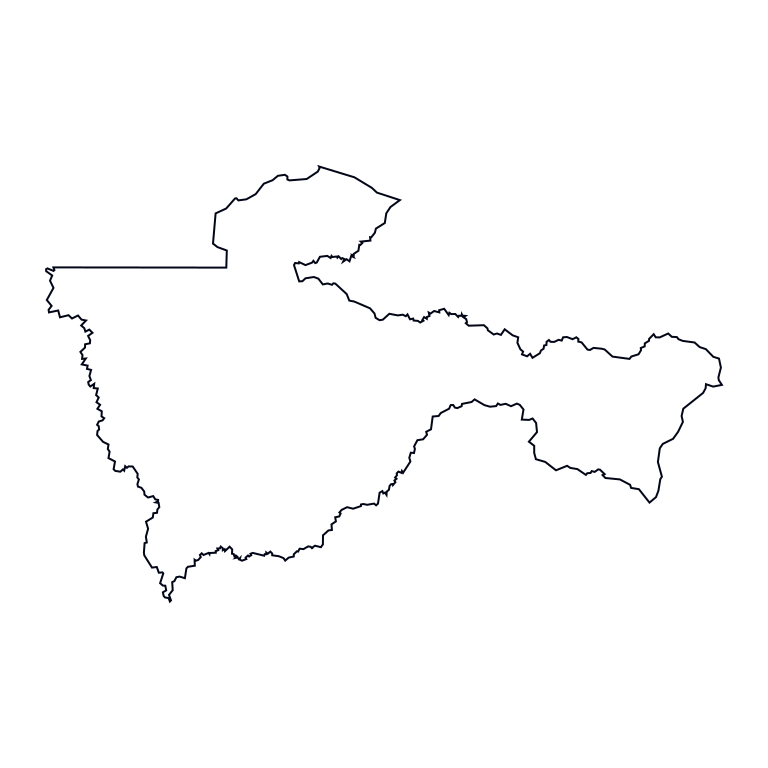 Chiriguaná, Cesar, Colombia (orthographic projection)
{"feature_id": "7082276B64056915020692", "entity_name": "Chiriguaná", "entity_type": "district", "adm_level": 2, "iso_a3": "COL", "parent_name": "Colombia", "parent_adm1": "Cesar", "projection": "orthographic", "projection_center": [-73.541, 9.425], "detail": "fine", "context": "isolated", "style": "outline", "palette": "ink", "viewbox_px": 768, "rotation_deg": 0, "n_neighbors": 0, "source": "geoboundaries", "source_scale": "gbopen_adm2", "svg_char_len": 6070}
<svg xmlns="http://www.w3.org/2000/svg" viewBox="0 0 768 768"><path d="M46.8,300.0L51.6,305.9L48.6,309.8L49.0,312.4L58.2,310.5L60.0,317.3L68.5,315.2L72.0,318.5L78.0,315.5L81.5,319.6L86.0,320.5L81.2,325.5L84.3,328.2L85.4,331.6L89.3,329.6L92.5,332.8L88.1,335.9L90.2,340.2L89.9,343.3L85.1,344.3L85.0,347.6L80.4,351.9L82.5,355.1L82.1,358.9L85.8,358.5L81.8,364.4L87.6,365.6L87.0,368.9L91.1,369.9L89.4,376.0L90.9,380.1L88.2,382.0L88.7,384.6L90.3,386.5L94.2,383.8L93.7,388.1L97.8,388.5L96.1,395.1L98.7,397.5L96.5,402.2L100.1,404.8L97.4,408.8L101.8,411.3L101.5,416.4L104.2,418.2L102.5,420.4L98.8,421.5L97.1,424.8L98.7,426.1L99.1,429.5L97.5,431.1L97.1,435.0L103.1,441.9L108.5,444.5L107.8,449.0L109.6,451.7L108.5,458.1L115.0,461.5L113.6,469.2L115.3,470.9L120.3,471.7L123.0,469.4L124.2,470.6L125.2,466.2L126.9,467.8L128.6,466.4L132.7,466.5L137.7,473.9L137.3,477.4L138.9,479.4L137.4,484.2L138.0,486.6L141.4,487.8L144.2,491.5L144.5,494.7L148.0,497.5L153.2,496.1L155.3,499.4L158.1,499.9L158.1,501.3L155.8,502.4L158.6,502.9L159.3,507.1L157.4,509.5L157.0,512.8L153.4,513.2L152.8,517.5L146.0,521.7L148.1,528.7L145.9,536.7L146.8,542.5L144.6,543.1L143.9,552.6L144.3,555.4L152.0,567.6L156.8,567.0L158.8,572.7L162.5,572.4L163.3,573.4L160.1,583.2L162.9,585.6L165.3,585.7L166.2,590.4L162.9,592.3L163.6,595.8L164.9,597.4L168.6,598.1L169.9,601.5L171.0,600.4L169.0,594.9L172.7,590.2L172.2,582.1L174.4,581.1L176.4,577.2L179.6,576.6L184.9,578.2L186.4,568.4L187.9,566.8L194.8,565.7L194.6,559.7L196.0,560.7L198.3,559.9L200.8,557.0L199.9,555.0L201.7,553.3L203.5,555.0L208.6,552.9L209.5,554.2L209.7,553.0L215.8,552.7L215.7,551.1L218.2,550.2L217.4,548.5L219.9,548.4L220.7,546.6L222.8,548.3L222.8,550.2L224.6,549.2L225.0,551.1L229.6,546.7L232.2,549.4L232.0,553.7L233.7,554.1L234.4,556.3L235.7,555.4L237.1,556.5L235.6,557.9L237.6,557.5L238.9,559.2L240.0,558.1L239.6,559.6L242.0,560.7L246.3,559.1L245.6,557.6L248.0,555.5L249.1,556.5L251.2,555.2L250.5,553.8L252.7,552.9L264.2,555.7L264.7,554.2L266.3,554.2L266.3,552.5L267.8,553.7L270.3,551.6L272.2,553.5L272.2,555.3L278.8,556.2L283.5,558.1L285.2,560.6L288.7,557.6L293.8,556.5L293.8,554.3L296.9,551.3L298.1,551.6L299.6,548.7L303.5,549.1L308.2,546.4L310.7,546.8L312.5,548.8L312.2,547.6L315.0,545.7L320.9,547.2L322.9,544.4L323.0,535.3L328.5,530.4L331.9,530.0L331.5,524.4L335.9,521.4L335.2,517.3L339.3,516.4L340.6,513.4L339.4,512.5L341.6,509.9L347.1,507.2L353.1,508.7L360.9,506.1L361.0,504.5L363.4,504.0L367.1,504.8L374.1,503.6L376.1,505.3L378.0,503.6L379.6,492.7L382.4,491.1L383.3,493.4L385.0,492.6L386.5,494.9L386.7,491.7L388.9,489.8L389.6,485.9L391.1,484.2L392.8,484.0L393.0,485.0L395.4,482.2L394.4,480.5L396.5,478.8L395.1,477.5L397.0,475.2L396.7,473.4L398.4,471.6L401.3,472.8L401.9,471.0L403.0,472.9L410.4,461.5L409.3,457.8L410.8,452.7L414.0,453.0L414.9,448.9L414.1,446.4L417.4,440.2L423.1,439.3L427.0,434.8L426.2,431.8L431.0,429.3L432.7,416.5L438.6,416.0L440.8,413.0L449.1,408.7L450.7,405.1L453.2,405.0L454.9,407.6L457.3,408.1L461.6,406.2L462.0,403.9L471.6,402.0L474.6,399.4L484.4,405.1L490.0,406.7L496.1,406.1L497.9,403.5L500.4,404.9L505.7,403.8L511.0,406.2L516.9,403.6L519.8,404.9L523.5,409.5L521.8,419.6L529.1,419.9L532.6,418.5L536.1,423.0L537.0,432.1L528.9,441.7L534.2,445.8L534.2,452.9L535.9,459.2L545.2,461.9L556.0,470.3L567.1,465.8L570.3,467.9L577.4,469.1L585.9,474.9L587.3,473.2L590.5,473.0L591.7,471.1L594.7,471.9L598.2,469.4L600.0,469.7L604.6,474.1L602.6,475.1L605.4,478.0L619.8,479.4L630.1,484.8L631.1,487.9L638.9,489.2L649.5,502.6L656.0,497.1L658.4,490.8L660.3,479.2L661.9,476.7L657.9,462.0L659.8,448.3L662.8,443.9L673.1,438.8L678.1,431.8L682.9,421.9L681.6,416.0L683.3,408.7L703.1,392.9L705.6,388.3L706.0,384.2L713.2,386.6L721.9,384.9L718.8,380.2L718.4,377.4L720.9,367.6L719.0,358.6L713.3,356.8L705.8,349.1L699.7,347.1L694.6,342.5L682.7,340.9L678.5,339.2L676.9,337.1L671.8,336.8L668.2,333.5L659.7,337.4L655.7,337.3L653.7,334.2L649.1,338.9L649.0,340.8L644.8,343.4L644.7,346.4L640.8,348.0L641.0,350.3L638.5,354.3L631.4,356.5L629.5,358.9L612.5,356.6L604.7,349.5L601.6,348.7L593.5,347.9L589.9,350.0L587.5,349.6L581.6,342.4L578.3,341.6L578.4,339.0L576.3,337.3L572.6,339.2L566.9,337.0L563.1,337.3L561.7,340.6L558.6,339.8L554.3,341.9L550.5,341.8L548.9,340.0L546.6,341.8L546.4,345.0L544.1,345.5L543.6,348.7L541.0,350.5L539.8,353.3L532.5,357.8L530.1,353.8L527.1,356.3L522.0,354.4L523.1,351.6L520.4,349.3L517.4,342.8L518.2,337.3L512.6,335.3L504.7,329.3L500.9,334.9L497.0,333.5L493.7,334.5L487.9,330.3L487.4,328.3L483.9,325.2L468.7,325.7L465.8,323.2L467.0,322.1L466.2,319.1L463.4,317.2L465.4,315.9L462.4,315.6L461.8,314.3L461.5,315.9L459.0,315.7L458.2,317.0L455.3,314.0L451.2,314.1L449.4,312.8L448.7,315.1L444.2,308.8L439.2,310.2L439.3,312.4L434.1,311.0L430.5,313.6L428.8,312.6L429.5,316.0L426.9,317.0L426.8,318.8L424.1,317.1L422.3,320.1L423.3,320.8L420.2,322.5L417.9,320.9L413.6,320.5L413.2,318.6L410.0,319.3L407.5,314.4L405.8,316.2L402.7,314.7L397.8,315.4L389.3,313.8L382.8,319.7L379.6,320.2L375.6,317.8L374.5,313.5L370.0,308.3L354.1,301.5L349.3,300.6L346.7,294.1L335.3,283.6L333.4,283.3L332.0,284.8L327.7,283.5L322.8,284.4L318.4,278.7L313.9,277.0L305.5,278.3L302.4,281.2L299.2,281.4L294.0,265.1L295.1,263.0L298.8,263.4L299.1,262.1L305.5,265.1L312.1,262.6L313.4,260.8L315.2,263.1L316.8,262.5L319.9,256.8L327.3,255.9L330.6,258.0L331.5,255.9L332.4,257.0L337.0,256.5L337.4,257.6L338.6,256.3L341.2,259.0L342.3,258.1L344.3,259.0L343.2,261.6L346.6,259.2L349.5,261.3L351.2,256.0L353.5,257.0L352.3,255.0L353.7,255.4L353.8,253.8L358.4,250.8L359.3,244.8L360.3,245.0L362.3,243.0L360.8,241.6L370.4,240.6L370.1,237.2L371.2,237.4L374.9,232.7L375.9,228.6L384.8,223.0L386.3,213.3L390.5,207.0L399.9,200.1L376.9,192.6L371.9,187.9L354.4,177.3L319.0,166.5L319.6,168.0L317.8,171.6L306.7,179.0L289.5,180.4L287.4,179.5L287.4,176.5L284.9,174.8L277.9,175.8L272.6,180.2L263.8,183.7L255.7,194.1L246.4,199.3L238.4,200.4L236.5,198.3L235.0,198.5L226.2,208.5L215.6,213.4L213.0,243.6L217.5,247.1L226.8,250.5L226.3,267.6L53.4,267.4L54.4,270.1L53.5,270.9L47.4,268.4L46.1,269.2L46.2,271.2L52.2,275.5L50.0,280.7L53.5,287.9L46.8,300.0Z" fill="none" stroke="#020617" stroke-width="2"/></svg>